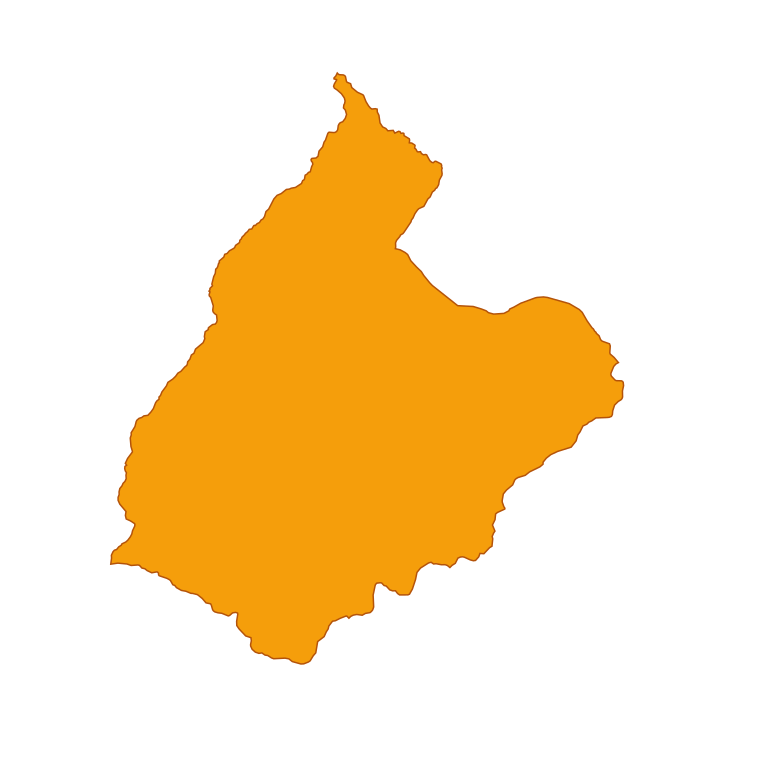 Génova, Quindío, Colombia, rotated 13°
{"feature_id": "7082276B54028982815343", "entity_name": "Génova", "entity_type": "district", "adm_level": 2, "iso_a3": "COL", "parent_name": "Colombia", "parent_adm1": "Quindío", "projection": "orthographic", "projection_center": [-75.776, 4.193], "detail": "fine", "context": "isolated", "style": "filled", "palette": "amber", "viewbox_px": 768, "rotation_deg": 13, "n_neighbors": 0, "source": "geoboundaries", "source_scale": "gbopen_adm2", "svg_char_len": 6156}
<svg xmlns="http://www.w3.org/2000/svg" viewBox="0 0 768 768"><g transform="rotate(13 384 384)"><path d="M607.6,310.4L602.3,306.4L597.6,303.9L597.0,302.8L595.9,296.0L594.7,294.1L587.0,293.2L585.1,292.1L582.7,288.6L579.4,286.8L579.0,286.0L577.3,285.1L575.7,283.3L574.0,282.4L567.7,276.8L561.0,269.6L557.5,267.5L546.4,264.0L523.8,262.9L519.8,263.3L513.7,265.2L511.9,266.1L499.1,274.5L493.2,279.9L489.7,282.6L489.1,284.7L485.0,288.2L476.5,290.8L474.9,291.2L469.7,291.0L467.1,289.7L462.1,289.0L453.5,288.4L438.2,291.1L409.0,277.2L405.6,275.0L398.3,269.3L395.1,266.1L389.1,262.5L382.4,257.9L377.9,252.5L374.9,251.1L369.5,249.6L364.6,249.6L364.6,247.9L363.5,243.9L363.9,241.3L366.3,236.6L366.5,235.2L368.6,233.2L369.3,231.8L373.8,220.0L373.9,217.9L374.9,215.8L375.8,211.1L377.5,206.9L378.5,205.3L382.9,201.9L385.1,193.9L386.9,191.3L387.9,186.1L389.8,183.8L390.3,181.9L391.4,181.0L392.4,177.5L392.1,172.8L393.5,167.6L393.3,165.9L392.0,162.4L392.1,160.6L391.2,159.3L391.0,157.9L390.1,156.7L384.4,155.3L383.6,155.5L382.2,157.3L380.7,157.3L378.3,156.0L374.0,151.1L373.0,151.0L370.8,151.8L368.6,151.0L367.3,149.4L365.0,150.2L364.1,150.1L362.3,148.0L360.8,147.3L360.6,144.6L360.2,144.2L356.9,143.0L354.4,143.3L354.1,140.6L353.5,139.4L347.7,137.5L347.0,135.4L346.0,135.2L344.2,136.0L342.8,134.5L341.4,134.5L338.1,137.1L335.9,134.8L330.8,136.4L328.3,134.6L324.8,133.8L321.4,130.5L318.6,123.3L316.3,120.5L315.5,117.7L313.6,117.7L310.3,118.8L308.7,118.2L306.4,116.5L302.9,112.9L299.2,107.5L298.3,106.9L292.5,105.7L285.9,102.4L283.9,98.9L280.2,98.3L279.3,97.5L277.3,93.1L276.3,92.3L274.7,92.0L271.3,92.6L270.0,92.5L268.5,91.5L267.8,94.6L266.4,97.1L266.7,98.0L269.1,98.0L269.5,98.3L268.1,102.9L267.9,105.3L269.1,106.9L272.3,108.1L277.3,110.8L281.0,114.2L282.4,117.0L282.5,119.6L282.1,121.1L282.4,124.1L284.7,125.8L286.9,129.8L286.5,133.9L284.8,137.7L282.5,139.3L281.6,141.0L281.3,142.6L281.7,146.6L281.1,148.4L280.0,149.7L278.6,150.3L273.8,151.0L272.9,152.3L272.1,159.6L271.2,161.8L270.9,166.7L268.3,171.7L268.5,176.9L266.9,179.1L263.0,180.4L262.4,181.5L262.9,182.9L264.5,184.3L265.2,185.9L264.6,188.5L264.4,193.8L262.8,194.8L261.7,196.9L260.2,198.3L260.4,202.2L260.0,203.2L259.0,204.1L258.5,207.2L253.5,212.4L249.5,214.1L247.9,215.4L245.1,216.4L241.0,221.6L237.4,224.2L235.1,228.4L232.3,239.5L230.2,242.5L229.9,247.7L228.9,250.4L227.3,251.9L226.3,254.7L224.3,256.3L223.0,258.5L221.9,258.6L221.4,259.2L220.3,262.7L217.9,263.6L216.8,266.2L215.0,268.5L214.6,269.8L212.6,272.9L212.3,274.8L211.2,276.4L211.4,278.3L210.9,279.3L208.2,282.3L207.8,284.6L207.1,285.6L203.4,289.0L201.8,292.1L199.6,293.5L199.4,296.3L195.8,301.2L196.3,302.9L195.7,303.5L195.6,306.8L195.2,308.5L194.2,310.0L194.7,314.2L193.9,317.7L193.8,325.4L194.8,326.9L192.9,330.0L193.2,331.3L192.6,332.9L193.7,333.4L193.5,336.2L193.9,337.4L195.7,338.7L200.1,346.3L200.5,350.5L201.2,352.1L203.0,353.5L205.3,354.4L207.1,359.6L207.0,361.6L206.2,363.5L203.5,364.7L200.7,368.1L200.2,369.1L200.6,370.4L198.0,373.3L198.3,378.2L199.2,380.2L198.5,384.4L192.5,392.4L191.9,396.8L189.8,399.1L189.3,403.4L187.7,406.6L187.9,408.8L187.6,410.3L186.0,412.3L183.3,417.3L180.7,419.8L179.2,423.4L177.0,426.8L173.1,431.0L172.4,434.9L169.4,441.7L168.8,445.5L167.7,447.3L168.2,449.6L166.7,451.2L165.7,453.5L164.8,459.8L163.3,463.5L161.0,467.6L157.2,469.1L155.5,471.1L153.0,472.6L151.3,475.0L151.0,476.4L150.9,481.5L148.6,488.4L149.2,490.5L148.9,493.7L151.5,501.8L153.9,506.0L154.1,506.9L150.9,514.2L149.8,519.5L151.5,521.0L150.1,522.6L150.4,524.8L151.5,526.9L153.0,528.4L153.1,530.9L154.1,534.3L153.5,537.2L152.1,539.5L151.6,542.2L150.1,545.2L150.1,548.7L150.8,551.2L150.4,554.2L151.1,557.2L153.6,560.5L161.3,566.3L161.6,570.3L163.2,573.5L167.7,574.4L172.3,576.1L172.8,576.6L173.1,578.5L172.0,583.5L172.0,587.0L171.1,590.3L169.5,593.8L167.9,596.1L164.6,598.7L164.2,600.3L162.2,602.3L160.7,605.4L158.7,606.6L157.7,608.4L156.9,612.2L157.7,614.9L158.3,621.0L165.0,618.4L174.0,617.2L178.4,617.7L184.9,615.7L186.5,615.7L189.5,617.8L192.5,617.8L195.2,619.1L200.2,620.2L204.6,618.3L205.6,618.2L206.8,619.0L207.3,620.7L208.1,621.4L216.2,622.2L218.8,622.9L220.1,623.5L223.4,627.1L225.5,627.4L227.6,629.1L233.0,630.7L237.6,630.5L242.9,631.4L244.7,631.1L249.6,631.2L255.2,633.9L259.8,637.3L264.5,637.2L265.6,638.5L267.8,642.5L268.8,643.4L270.4,644.1L273.6,644.3L277.5,643.9L284.4,645.0L285.6,644.3L287.9,641.1L290.8,639.9L292.8,640.1L293.3,641.1L293.8,648.5L294.9,652.5L297.8,655.2L305.9,660.6L311.4,661.1L312.5,664.0L312.6,667.8L313.0,669.3L315.2,672.2L318.9,674.2L322.7,674.6L325.5,673.5L329.0,674.9L331.8,674.7L336.0,676.2L338.3,676.5L349.2,673.4L353.1,673.2L357.1,675.1L366.0,675.5L368.8,674.7L372.9,671.9L374.3,670.4L376.2,664.7L378.0,661.3L377.3,649.9L382.5,643.6L383.5,638.5L384.7,635.2L384.7,632.2L387.2,626.7L389.9,625.6L394.1,622.1L399.1,618.7L400.0,618.5L402.5,620.1L403.9,617.9L406.1,616.1L409.3,614.7L414.8,614.2L417.5,611.7L421.8,609.9L422.9,608.5L423.8,606.6L424.1,603.6L420.9,592.1L420.7,582.7L420.8,581.4L421.7,579.7L425.0,578.5L426.5,578.4L429.3,580.3L431.7,580.4L435.9,583.3L438.9,583.6L441.7,582.9L444.4,585.1L446.6,586.0L454.7,584.1L456.1,583.1L457.8,577.4L458.7,567.5L458.5,560.2L461.0,555.1L467.7,548.3L470.0,547.1L472.8,548.2L475.2,547.4L480.5,547.2L484.3,546.3L486.6,546.6L489.5,548.0L491.1,545.4L493.8,542.7L495.2,537.0L497.4,535.4L499.5,534.7L501.3,534.7L507.7,536.0L510.9,536.1L512.9,535.3L515.2,531.1L515.6,527.5L519.5,526.9L523.7,519.7L525.7,517.8L524.8,510.4L523.7,508.2L524.4,504.4L525.2,502.4L521.4,497.0L522.7,491.2L522.0,485.5L523.5,483.6L529.8,478.7L529.7,477.8L528.4,476.6L525.8,472.5L525.4,471.1L525.0,464.3L527.2,459.8L532.1,453.3L533.0,448.2L533.7,446.9L535.6,445.0L542.2,441.2L545.7,436.8L554.6,429.6L557.0,426.4L556.6,424.4L558.8,419.8L562.4,415.3L568.4,410.6L580.6,403.4L584.0,396.2L584.3,390.0L585.8,386.5L587.3,380.1L590.7,377.5L592.2,375.1L594.7,373.2L598.1,369.4L608.8,366.5L610.9,365.8L612.9,364.4L613.4,362.4L612.9,358.7L613.4,352.7L616.1,348.4L618.6,345.9L619.2,344.7L619.4,343.0L617.9,337.1L617.8,331.7L616.7,328.6L615.9,327.8L614.6,327.5L609.5,328.5L608.1,328.1L603.8,325.2L603.0,324.0L602.7,322.4L603.9,315.2L605.5,312.3L607.6,310.4Z" fill="#f59e0b" stroke="#b45309" stroke-width="1.5"/></g></svg>